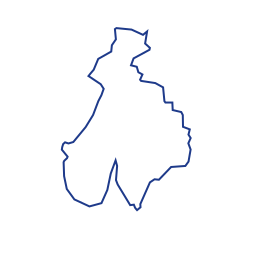 outline of Down, rotated 126°
{"feature_id": "GBR-2099", "entity_name": "Down", "entity_type": "District", "adm_level": 1, "iso_a3": "GBR", "parent_name": "United Kingdom", "parent_adm1": "", "projection": "natural_earth1", "projection_center": [-5.809, 54.331], "detail": "fine", "context": "isolated", "style": "outline", "palette": "blue", "viewbox_px": 256, "rotation_deg": 126, "n_neighbors": 0, "source": "natural_earth", "source_scale": "10m", "svg_char_len": 1037}
<svg xmlns="http://www.w3.org/2000/svg" viewBox="0 0 256 256"><g transform="rotate(126 128 128)"><path d="M184.8,71.3L189.1,72.4L188.7,74.2L188.3,75.5L186.6,78.2L189.1,80.9L179.8,103.1L177.2,107.1L165.1,114.5L161.5,119.0L174.9,115.2L190.3,108.3L204.4,105.3L214.1,113.1L217.3,129.4L213.3,141.7L204.5,151.4L193.5,160.0L192.0,160.3L188.2,159.6L186.7,160.0L184.4,168.8L182.1,170.0L179.1,171.0L176.6,170.5L175.5,167.1L171.5,164.0L152.2,162.8L138.0,163.9L123.7,167.8L117.1,168.8L110.6,170.7L108.6,175.8L109.2,190.5L106.3,190.4L101.0,190.0L89.6,192.7L76.0,186.5L70.5,189.7L63.4,189.9L55.7,196.7L54.0,196.1L46.3,183.0L43.8,170.6L38.7,169.3L49.6,163.8L50.3,157.4L52.1,156.6L68.4,164.4L75.5,162.4L73.3,156.9L76.8,152.4L76.2,147.8L81.8,146.6L82.2,145.1L75.6,132.3L74.5,123.5L84.9,114.3L85.4,112.7L81.3,107.1L87.2,102.4L83.8,94.3L85.3,91.3L94.7,84.2L92.8,77.2L97.8,75.2L99.3,71.4L104.9,70.2L108.6,64.7L119.6,59.3L125.0,59.3L134.2,70.2L151.7,72.6L153.9,76.4L159.1,78.3L182.3,73.3L184.8,71.3Z" fill="none" stroke="#1e3a8a" stroke-width="2"/></g></svg>